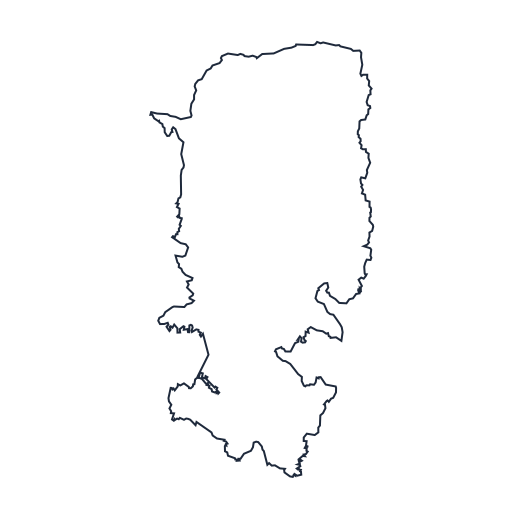 Grobogan, Jawa Tengah, Indonesia, rotated 274°
{"feature_id": "22746128B71964042918672", "entity_name": "Grobogan", "entity_type": "district", "adm_level": 2, "iso_a3": "IDN", "parent_name": "Indonesia", "parent_adm1": "Jawa Tengah", "projection": "albers", "projection_center": [110.857, -7.098], "detail": "fine", "context": "isolated", "style": "outline", "palette": "slate", "viewbox_px": 512, "rotation_deg": 274, "n_neighbors": 0, "source": "geoboundaries", "source_scale": "gbopen_adm2", "svg_char_len": 6068}
<svg xmlns="http://www.w3.org/2000/svg" viewBox="0 0 512 512"><g transform="rotate(274 256 256)"><path d="M391.2,147.4L392.2,141.4L389.5,140.8L389.8,142.7L386.2,144.8L383.6,149.3L384.1,149.9L382.5,150.4L381.1,153.4L378.6,154.0L377.2,155.9L373.1,156.3L369.5,159.1L369.9,161.1L373.6,162.8L373.9,164.0L376.4,163.1L378.6,164.4L377.0,166.8L368.0,170.9L364.4,175.7L352.4,174.3L341.6,177.8L339.2,177.5L336.7,175.8L331.0,175.4L312.2,177.0L309.2,176.4L308.0,174.6L304.3,174.0L302.9,172.8L302.6,175.1L299.3,173.7L298.0,176.5L292.3,176.6L289.8,174.6L289.2,175.4L290.5,176.5L288.7,177.2L288.5,179.3L287.7,179.3L281.8,177.6L280.8,178.9L277.7,177.1L275.4,177.6L274.3,175.9L272.3,176.1L272.2,174.7L269.3,173.8L270.0,171.8L268.9,171.0L263.6,179.9L262.8,185.1L259.8,187.7L251.5,185.5L250.1,182.6L250.8,175.7L244.1,178.1L242.6,179.8L239.5,179.7L238.1,182.4L235.2,183.8L232.2,187.1L229.6,194.2L227.3,193.6L225.8,188.9L222.9,190.8L219.7,189.4L214.1,196.0L212.4,195.6L210.0,192.5L209.0,192.7L207.1,197.2L204.5,195.0L202.9,190.2L200.1,188.1L199.9,177.7L199.2,176.2L193.7,169.4L190.0,167.8L187.6,163.9L184.6,163.0L181.4,165.0L181.8,169.3L183.2,172.6L181.4,173.4L179.2,171.7L175.1,174.9L176.5,175.9L179.5,174.9L180.0,175.8L178.7,177.7L181.9,179.2L178.4,182.6L174.1,183.0L174.4,185.7L177.7,185.0L180.9,188.5L180.5,189.5L177.4,189.1L178.3,192.7L175.3,193.5L175.3,194.7L182.1,194.4L182.8,195.8L182.2,197.1L180.2,197.8L177.1,196.9L175.7,197.4L178.6,201.5L178.3,203.8L176.5,203.9L175.7,206.3L173.5,205.4L171.8,206.7L174.7,208.5L154.2,215.5L132.1,206.3L131.8,207.5L135.8,208.4L135.2,211.1L131.2,210.5L130.4,213.6L132.7,214.1L131.8,216.0L129.8,215.0L121.9,223.8L122.9,224.6L121.8,226.6L120.1,225.8L117.2,228.8L116.1,227.9L117.2,227.4L116.4,226.1L117.8,225.6L117.0,224.3L117.8,221.6L120.1,221.0L121.3,218.2L123.3,218.6L123.8,216.2L124.7,217.1L125.8,216.7L124.7,215.4L129.6,210.7L130.4,208.1L130.3,205.6L128.6,203.9L123.8,203.5L123.6,202.3L121.5,202.1L119.5,200.1L119.5,198.4L120.7,198.1L123.9,193.0L121.6,189.5L122.7,187.0L120.4,187.0L116.3,184.3L118.1,183.0L117.1,182.0L118.5,181.2L118.5,180.1L108.1,178.6L104.9,179.3L101.7,181.9L97.9,180.3L95.2,182.2L93.3,182.0L93.3,185.2L87.1,183.6L86.0,185.4L87.6,186.1L86.8,186.6L88.3,188.6L87.8,190.3L89.2,191.3L87.6,195.6L89.0,197.7L88.8,199.7L88.1,201.8L83.0,207.5L86.3,208.2L76.9,223.9L73.9,225.3L71.2,229.8L70.5,237.3L69.4,236.8L68.8,239.1L66.9,240.6L66.4,239.2L64.9,239.6L65.3,238.7L64.1,238.2L59.0,238.7L58.1,241.0L54.8,242.0L52.8,249.1L51.5,249.6L51.6,251.8L50.4,251.3L50.8,253.9L52.5,253.0L52.6,254.7L57.9,257.8L61.3,264.5L65.0,266.3L69.7,266.7L70.8,269.1L70.5,271.2L66.4,275.1L63.3,276.0L62.0,277.4L48.5,281.9L50.3,283.5L48.0,286.3L48.5,289.5L45.8,294.7L45.7,299.7L44.4,299.0L42.1,299.5L38.5,305.3L38.2,308.1L40.4,308.9L39.6,310.4L40.9,310.2L39.7,312.4L41.0,316.4L44.0,315.9L44.3,315.0L45.8,315.6L46.0,313.4L47.5,313.6L46.0,312.7L46.8,311.5L49.4,314.9L50.6,314.4L51.0,312.1L52.0,314.1L53.4,313.4L55.0,316.0L55.8,314.7L55.2,312.8L56.0,312.6L59.8,316.5L59.7,318.8L61.3,317.5L61.9,319.6L64.5,321.2L65.2,319.9L67.5,320.0L67.9,318.0L70.2,319.1L74.8,319.4L74.8,316.5L78.3,316.3L82.3,319.1L81.5,327.1L84.4,330.5L89.2,330.1L91.3,331.6L101.5,331.3L104.0,333.8L109.0,335.9L112.4,335.2L112.7,334.2L116.3,336.6L116.9,337.4L115.6,338.8L118.9,340.8L119.9,342.9L125.5,345.3L130.0,345.1L131.4,344.6L132.6,334.5L139.7,328.9L139.4,327.0L138.3,327.0L139.0,324.9L134.0,324.3L131.6,322.8L131.8,318.9L130.7,318.4L130.5,315.3L129.4,314.3L130.0,312.8L134.5,310.3L138.6,310.2L141.1,306.3L150.7,297.7L153.2,292.8L153.3,290.1L157.4,284.4L161.7,282.7L162.2,281.6L164.3,282.4L166.9,287.6L165.6,288.3L165.2,290.3L162.8,292.0L163.1,297.2L171.8,301.0L173.4,304.2L175.9,304.4L175.6,303.5L178.9,305.4L177.1,307.2L173.7,306.9L172.8,308.5L173.3,311.0L174.6,311.6L175.7,310.1L178.3,309.1L179.6,311.0L184.0,310.8L183.2,313.8L186.5,312.7L188.9,315.6L186.1,321.8L185.6,327.8L183.4,331.5L184.1,333.2L181.1,334.2L180.6,335.8L179.5,336.1L180.5,341.5L177.3,347.1L186.0,347.7L190.9,346.5L193.8,344.6L202.8,337.3L203.2,334.0L205.2,331.1L212.8,327.1L214.8,320.8L218.0,318.3L225.4,319.7L226.4,321.2L228.2,320.4L233.4,325.9L234.0,329.0L229.6,330.3L226.2,328.4L224.4,329.7L224.5,331.3L221.4,332.6L218.6,338.2L215.0,342.3L215.1,349.5L219.4,352.1L220.5,355.7L225.1,358.5L225.9,361.7L228.9,360.3L230.7,360.5L226.8,362.1L227.8,362.9L228.3,362.0L231.1,361.7L229.9,362.9L232.0,362.7L233.5,363.7L239.5,360.0L241.8,362.5L240.9,365.0L243.7,366.9L245.4,367.6L245.3,366.2L246.4,365.6L252.9,364.7L256.5,365.4L260.1,366.7L260.0,370.5L262.3,371.2L264.3,370.1L270.3,370.5L271.7,369.5L273.3,362.8L275.1,366.2L277.4,367.8L279.3,366.8L283.3,367.9L287.3,367.5L289.1,370.1L293.4,370.9L295.2,370.4L298.8,366.7L302.0,366.5L303.4,367.7L307.3,366.9L307.8,367.6L310.5,367.5L312.3,367.0L312.9,365.8L318.2,365.5L319.1,361.5L324.8,360.6L325.8,357.3L329.4,358.2L332.5,356.1L334.3,357.2L335.7,355.7L339.7,354.8L341.8,355.5L341.1,359.6L346.8,361.2L349.5,360.6L357.0,363.4L361.7,361.3L365.9,361.3L367.5,358.4L370.2,358.1L369.9,355.2L370.8,353.3L373.9,353.6L376.2,351.3L377.8,352.4L380.2,352.1L381.8,350.1L383.7,350.2L384.6,349.0L387.5,348.9L390.4,350.1L397.5,349.9L399.0,351.4L399.8,355.5L404.1,356.6L405.4,358.0L410.1,357.9L411.6,359.7L413.5,359.3L414.2,356.9L417.4,355.6L424.4,357.2L425.3,359.0L429.2,358.5L431.0,359.6L434.0,356.6L438.4,356.7L440.8,354.5L444.6,354.3L444.3,350.2L443.0,348.6L445.2,347.4L454.2,348.7L461.6,346.9L466.0,346.9L468.2,345.1L467.4,338.7L469.2,336.2L471.0,325.6L472.2,324.2L471.6,320.8L473.7,308.1L472.7,305.6L473.8,302.0L471.4,300.4L470.4,298.3L469.8,281.3L468.3,280.9L466.3,276.8L464.6,269.6L459.3,259.5L457.9,248.1L453.4,243.0L454.5,242.5L455.6,238.7L454.3,234.8L454.6,230.6L455.8,229.5L456.5,226.3L455.2,223.8L456.0,213.9L453.0,208.0L451.0,207.2L449.1,208.3L445.9,206.2L443.0,199.3L439.9,197.7L437.6,193.8L428.6,189.5L427.2,186.0L423.4,183.4L420.9,183.0L417.0,184.8L412.3,183.0L407.9,183.3L403.4,180.9L396.2,180.4L391.7,181.9L390.1,181.3L387.2,171.4L389.2,166.1L389.7,160.7L391.3,157.8L391.2,147.4ZM69.5,321.4L69.8,320.5L69.2,319.7L69.5,321.4Z" fill="none" stroke="#1e293b" stroke-width="2"/></g></svg>